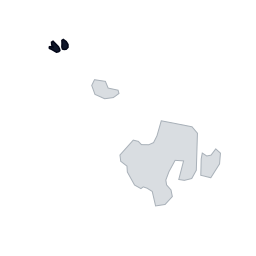 location of Kökar within Aland, rotated 196°
{"feature_id": "ALD-4824", "entity_name": "Kökar", "entity_type": "state/province", "adm_level": 1, "iso_a3": "ALA", "parent_name": "Aland", "parent_adm1": "", "projection": "albers", "projection_center": [20.932, 59.931], "detail": "fine", "context": "in_parent", "style": "filled", "palette": "ink", "viewbox_px": 256, "rotation_deg": 196, "n_neighbors": 0, "source": "natural_earth", "source_scale": "10m", "svg_char_len": 1155}
<svg xmlns="http://www.w3.org/2000/svg" viewBox="0 0 256 256"><g transform="rotate(196 128 128)"><path d="M93.1,75.4L97.1,75.6L98.9,73.3L106.0,75.0L116.5,85.5L118.5,91.1L125.8,94.0L128.3,99.8L119.6,117.8L114.4,118.0L110.5,115.7L103.5,117.6L99.4,121.0L98.0,128.4L98.0,144.1L66.8,146.8L59.8,142.1L50.7,106.2L52.8,97.0L59.4,93.2L65.0,92.5L65.5,111.7L73.8,109.9L76.6,97.3L77.3,88.4L75.2,83.9L69.6,80.3L66.5,74.3L71.3,64.7L80.0,60.7L87.2,73.7L93.1,75.4ZM49.1,118.4L49.7,124.4L44.6,122.8L40.7,124.8L37.9,132.1L32.2,129.3L30.1,118.7L34.7,103.0L45.0,102.6L49.1,118.4ZM174.6,158.9L173.5,165.2L162.6,166.6L158.1,160.9L148.0,161.6L146.2,158.7L150.5,153.2L158.5,149.7L169.0,151.2L174.6,158.9Z" fill="#d9dde1" stroke="#a8b0b8" stroke-width="1"/><path d="M224.1,185.1L222.3,184.8L222.2,185.3L224.2,186.8L225.2,189.4L224.0,190.8L217.3,187.0L215.5,185.0L214.8,183.6L215.0,183.4L215.6,182.3L217.6,181.1L223.5,182.6L225.0,182.7L225.8,183.2L225.9,184.5L224.1,185.1ZM209.7,192.7L208.7,191.7L207.9,189.0L209.1,186.7L210.9,185.9L212.7,185.8L213.9,187.6L214.7,191.0L215.7,194.0L214.6,195.3L211.3,194.1L209.7,192.7Z" fill="#0f172a" stroke="#020617" stroke-width="1.5"/></g></svg>